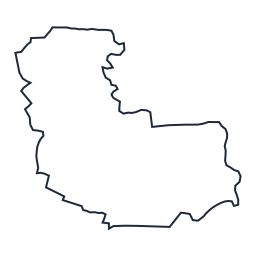 Saudades, Santa Catarina, Brazil (Albers equal-area conic projection)
{"feature_id": "56859067B63922458619483", "entity_name": "Saudades", "entity_type": "district", "adm_level": 2, "iso_a3": "BRA", "parent_name": "Brazil", "parent_adm1": "Santa Catarina", "projection": "albers", "projection_center": [-53.035, -26.888], "detail": "fine", "context": "isolated", "style": "outline", "palette": "slate", "viewbox_px": 256, "rotation_deg": 0, "n_neighbors": 0, "source": "geoboundaries", "source_scale": "gbopen_adm2", "svg_char_len": 1761}
<svg xmlns="http://www.w3.org/2000/svg" viewBox="0 0 256 256"><path d="M234.0,205.9L238.2,204.8L238.2,199.6L236.6,194.5L235.1,190.6L235.3,185.7L239.6,181.8L240.6,176.1L238.2,171.3L234.3,170.1L230.4,167.4L226.4,165.2L225.1,160.7L225.5,155.5L225.7,150.5L224.7,146.1L225.7,142.2L227.0,138.2L227.2,133.6L225.4,128.9L221.8,126.2L219.1,122.1L208.5,122.0L202.6,123.8L197.9,124.6L184.4,124.7L168.5,125.2L152.1,126.9L150.3,112.2L146.5,110.3L141.1,109.9L135.9,112.1L131.6,113.0L128.3,112.6L123.5,113.6L119.2,110.9L119.5,106.0L119.9,101.5L116.0,99.5L113.1,97.6L111.5,94.5L113.4,91.6L117.6,89.0L115.8,85.7L111.4,84.8L110.1,80.3L105.7,77.6L103.5,72.4L102.5,67.2L107.3,68.6L112.7,67.6L110.3,63.6L107.1,60.3L107.7,56.4L111.0,53.9L116.4,54.9L120.2,54.8L124.4,49.8L123.8,43.2L119.0,44.3L114.3,41.0L113.5,34.8L111.4,30.7L106.7,29.9L102.3,29.9L98.4,29.9L91.9,28.9L87.2,29.7L83.1,29.1L79.1,29.3L75.1,28.5L71.6,28.5L66.9,27.5L52.4,27.4L50.0,31.2L47.4,34.0L44.6,37.5L31.0,38.1L30.5,42.2L27.7,44.2L24.4,47.9L21.4,51.8L15.4,52.8L19.5,72.9L22.7,78.5L26.5,81.0L30.4,82.8L26.3,85.7L23.5,87.9L21.2,91.0L31.4,103.3L28.4,106.4L25.0,109.2L29.7,117.4L30.3,124.8L33.0,130.1L37.5,130.5L42.9,131.8L43.4,135.9L40.5,139.2L38.8,142.5L37.2,147.2L36.7,151.9L36.3,156.4L37.1,161.5L38.2,168.0L36.9,173.2L40.8,172.8L44.9,173.8L48.9,175.7L46.0,187.4L64.2,196.4L62.8,200.1L81.6,206.1L83.2,210.1L86.5,210.8L90.1,212.4L94.7,212.2L98.6,213.0L102.5,212.8L105.6,214.4L104.0,219.3L102.6,222.6L108.9,223.3L108.9,228.6L113.5,226.1L125.5,225.7L138.0,225.9L166.4,226.8L169.7,226.9L180.9,212.7L185.1,213.2L189.8,214.0L192.8,220.1L198.0,220.7L203.8,216.2L206.0,213.4L209.3,210.3L212.6,207.6L217.8,204.4L221.4,202.7L224.8,201.5L228.1,201.0L231.8,201.3L234.0,205.9Z" fill="none" stroke="#1e293b" stroke-width="2"/></svg>